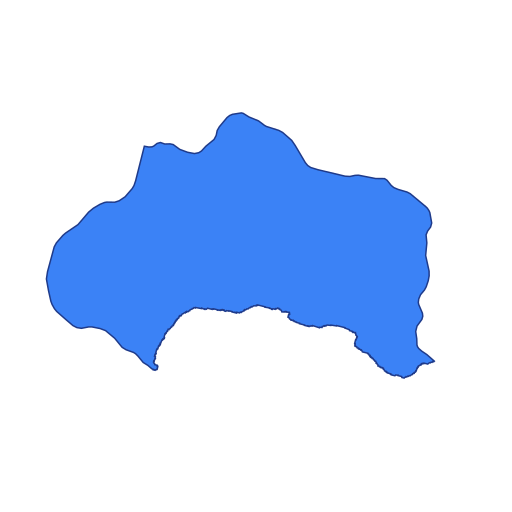 outline of Las Charcas, Azua, Dominican Republic, rotated 284°
{"feature_id": "3306468B70810914734022", "entity_name": "Las Charcas", "entity_type": "district", "adm_level": 2, "iso_a3": "DOM", "parent_name": "Dominican Republic", "parent_adm1": "Azua", "projection": "orthographic", "projection_center": [-70.568, 18.379], "detail": "fine", "context": "isolated", "style": "filled", "palette": "blue", "viewbox_px": 512, "rotation_deg": 284, "n_neighbors": 0, "source": "geoboundaries", "source_scale": "gbopen_adm2", "svg_char_len": 6139}
<svg xmlns="http://www.w3.org/2000/svg" viewBox="0 0 512 512"><g transform="rotate(284 256 256)"><path d="M121.3,182.3L121.2,183.7L120.7,183.7L120.7,185.6L121.2,185.6L121.2,186.5L122.1,187.0L122.1,187.5L124.8,187.5L124.8,187.0L125.7,187.0L125.7,186.5L126.1,186.5L126.1,184.1L126.6,184.1L127.5,182.7L128.4,182.7L128.4,182.2L129.7,182.2L129.7,182.7L132.0,182.7L132.0,183.2L132.4,183.2L132.4,182.7L134.2,182.7L134.2,181.8L136.0,181.8L136.0,182.2L136.9,182.2L136.9,182.7L137.4,182.7L137.4,182.2L141.4,182.2L141.4,182.7L142.3,182.7L142.3,183.2L145.0,183.2L145.0,183.7L145.9,183.7L145.9,184.1L146.8,184.1L146.8,184.6L147.7,184.6L147.7,184.1L148.2,184.1L148.2,184.6L151.8,185.1L151.8,185.6L152.7,185.6L152.7,186.0L153.1,186.0L153.1,186.5L154.0,186.5L154.0,187.0L154.5,187.0L154.5,186.5L158.5,186.5L158.5,187.0L159.4,187.0L159.4,187.5L161.7,187.9L161.7,188.4L163.5,188.4L163.5,189.4L164.4,189.4L164.8,190.3L166.6,190.8L166.6,191.3L167.5,191.3L168.0,192.2L168.9,192.2L168.9,192.7L170.7,192.7L170.7,193.2L172.0,193.2L172.0,193.6L173.4,193.6L173.4,194.1L174.7,194.1L174.7,194.6L175.6,194.6L175.6,195.1L176.5,195.1L177.0,196.0L178.8,196.0L178.8,196.5L179.7,196.5L179.7,197.4L180.1,197.4L180.1,197.9L181.9,198.4L182.4,199.3L183.7,200.3L183.7,201.2L184.6,201.2L184.6,202.2L185.5,202.2L185.5,203.6L186.4,204.1L186.9,205.0L187.8,205.0L189.1,206.9L189.6,206.9L190.0,207.9L190.9,208.3L190.9,209.8L191.4,209.8L191.8,215.9L192.3,215.9L191.8,219.2L192.3,219.2L192.3,220.7L193.6,221.6L193.6,226.4L194.1,226.4L194.1,227.8L194.5,227.8L194.5,231.6L194.1,231.6L194.1,232.0L194.5,232.0L194.5,234.4L195.0,234.4L195.0,235.4L195.4,235.4L195.4,236.3L195.9,236.3L195.9,236.8L195.4,236.8L195.4,237.3L195.9,237.3L195.9,238.2L195.0,238.7L195.0,240.1L195.9,240.6L195.9,243.0L196.3,243.0L196.3,246.3L195.9,246.3L195.9,249.1L196.3,249.1L196.3,250.5L195.9,250.5L195.9,251.0L196.8,251.0L196.8,253.9L197.7,254.3L197.7,255.3L198.1,255.3L199.0,256.7L199.9,257.2L199.9,257.7L200.8,257.7L200.8,258.1L201.3,258.1L201.3,259.1L202.6,260.0L202.6,261.0L204.0,261.9L204.4,262.9L204.9,262.9L205.3,263.8L205.8,263.8L205.8,264.8L207.1,265.7L207.6,268.1L208.0,268.1L208.0,268.6L208.5,268.6L208.5,269.5L208.9,269.5L208.9,277.1L208.5,277.1L208.9,281.8L208.5,281.8L208.5,284.2L208.0,284.2L208.0,284.7L208.9,285.2L208.9,287.5L209.4,287.5L209.4,288.0L209.8,288.0L209.8,288.9L210.7,289.4L210.7,290.8L210.3,290.8L210.3,291.8L209.8,291.8L209.4,293.7L208.0,294.6L208.5,297.0L208.9,297.0L208.9,298.4L209.4,298.4L209.4,298.9L208.9,298.9L209.4,301.8L208.9,301.8L208.9,302.2L207.6,302.2L207.6,302.7L206.7,302.2L206.7,301.8L204.4,301.8L204.4,302.7L203.1,303.7L202.6,305.6L202.2,305.6L202.6,307.5L202.2,307.5L202.2,308.9L201.7,308.9L201.7,311.2L201.3,311.2L201.3,314.6L200.8,314.6L200.8,319.8L200.4,319.8L200.4,323.1L200.8,323.1L200.8,324.0L200.4,324.0L200.4,324.5L200.8,324.5L201.3,326.4L201.7,326.4L201.7,327.8L202.2,327.8L201.7,334.9L202.2,334.9L202.6,337.3L203.5,337.3L203.5,337.8L204.4,338.3L204.4,339.2L204.9,339.2L204.9,340.2L205.3,340.2L205.3,341.1L206.2,341.6L206.7,345.4L207.1,345.4L207.6,351.1L208.0,351.1L208.0,359.6L207.6,359.6L207.1,364.4L206.2,364.8L206.2,367.7L205.8,367.7L205.8,368.6L205.3,368.6L205.8,371.0L204.9,371.0L204.4,371.9L203.5,371.9L202.6,373.4L202.2,373.4L202.2,373.8L201.3,373.8L201.3,373.4L199.0,373.4L199.0,372.9L195.0,372.9L195.0,373.4L193.6,373.4L193.6,373.8L192.7,373.8L192.7,374.3L192.3,374.3L192.3,375.7L191.4,376.2L191.4,377.6L190.9,377.6L190.9,378.6L190.5,378.6L190.5,380.5L190.0,380.5L190.0,381.4L188.7,382.4L188.7,388.1L188.2,388.1L188.2,389.0L187.3,389.5L187.3,390.4L186.9,390.4L186.9,390.9L186.0,390.9L186.0,391.9L185.5,391.9L185.5,392.8L185.1,392.8L185.1,393.8L184.6,393.8L184.6,394.7L183.7,395.2L183.7,396.1L182.8,396.6L182.8,397.5L182.4,397.5L181.9,398.5L181.0,398.5L181.0,399.4L180.1,399.9L179.7,400.9L178.8,400.9L178.8,402.8L178.3,402.8L178.3,404.2L177.9,404.2L177.9,405.1L178.3,405.1L178.3,405.6L177.9,405.6L177.9,406.6L177.4,406.6L177.4,407.0L177.0,407.0L176.5,408.0L175.6,408.5L175.6,409.9L175.2,409.9L175.2,410.8L174.7,410.8L174.7,411.8L174.3,411.8L174.3,415.1L173.8,415.1L173.8,416.0L173.4,416.0L173.4,419.8L174.3,420.3L174.7,422.7L174.3,422.7L174.3,426.5L173.4,426.9L173.4,429.3L174.3,429.8L174.7,430.7L175.2,430.7L175.2,431.7L176.1,432.2L176.1,433.1L177.0,433.6L177.0,434.5L178.3,435.5L178.8,436.4L179.7,436.4L180.1,437.4L180.6,437.4L180.6,437.9L181.5,437.9L181.9,438.8L183.3,438.8L183.3,439.3L186.0,439.3L186.0,439.7L187.3,439.7L187.3,440.2L188.7,440.2L189.1,441.2L190.0,441.6L190.0,442.1L190.5,442.1L190.5,442.6L191.4,442.6L191.4,443.1L191.8,443.1L191.8,444.0L192.3,444.0L192.3,445.0L192.7,445.0L192.7,448.8L194.5,450.2L194.5,451.1L195.4,451.6L195.4,452.6L196.3,453.0L196.3,454.0L197.1,454.5L201.7,445.6L203.8,439.8L205.6,436.3L206.9,434.8L208.6,433.7L214.6,432.0L221.4,429.2L227.0,429.2L234.6,432.3L237.9,432.4L240.8,431.3L248.3,425.6L250.3,424.7L253.7,424.3L258.2,425.0L263.8,427.7L267.3,428.6L273.6,429.1L278.6,428.8L283.2,427.6L297.5,420.5L310.0,418.6L317.7,415.9L321.8,416.5L326.3,418.4L330.5,418.5L340.1,414.2L341.8,412.9L343.9,410.6L345.0,408.7L353.8,390.5L354.6,387.1L355.0,377.7L355.7,373.2L357.2,370.1L361.2,364.8L362.2,362.0L360.1,353.3L359.2,335.9L358.2,332.6L355.9,327.9L355.0,323.1L354.7,295.2L355.1,287.7L356.3,284.3L358.5,281.3L372.7,267.3L376.8,262.7L382.3,252.0L383.4,247.7L384.2,234.8L384.8,232.6L387.7,225.8L389.2,215.6L391.3,209.1L391.3,207.2L387.8,198.9L385.9,196.4L383.3,194.4L372.6,189.2L368.4,188.0L363.4,188.2L358.9,187.1L350.4,180.8L344.7,177.7L342.4,175.5L340.5,171.5L340.1,164.5L341.0,156.3L344.1,148.7L344.0,145.5L342.6,140.4L343.0,135.8L341.3,132.8L337.8,130.1L336.7,128.6L335.8,125.6L335.5,121.1L299.8,121.0L294.9,120.6L291.5,119.6L281.8,114.7L276.5,109.9L274.0,105.9L272.2,98.2L271.3,96.1L268.4,92.1L263.1,86.7L258.1,83.0L243.4,75.7L232.2,65.7L229.2,63.6L220.6,59.2L216.0,58.0L190.4,57.5L183.0,58.2L172.1,63.1L162.5,67.9L159.6,69.9L156.1,73.2L154.0,76.0L148.5,86.6L144.2,95.2L143.2,99.5L143.6,104.1L146.7,110.8L147.5,114.1L147.9,122.3L147.2,128.1L142.0,138.8L135.0,148.2L133.6,152.6L132.8,160.5L132.1,162.7L130.3,165.7L125.4,172.3L123.7,177.6L121.3,182.3Z" fill="#3b82f6" stroke="#1e3a8a" stroke-width="1.5"/></g></svg>